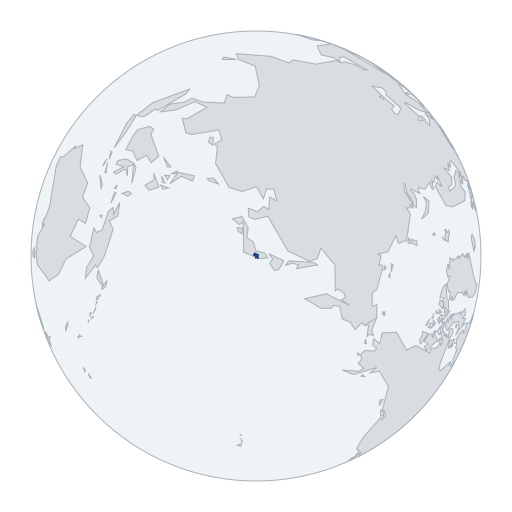 the Earth from above Miyagi, rotated 95°
{"feature_id": "JPN-1866", "entity_name": "Miyagi", "entity_type": "Prefecture", "adm_level": 1, "iso_a3": "JPN", "parent_name": "Japan", "parent_adm1": "", "projection": "orthographic", "projection_center": [141.11, 38.38], "detail": "fine", "context": "on_globe", "style": "filled", "palette": "blue", "viewbox_px": 512, "rotation_deg": 95, "n_neighbors": 0, "source": "natural_earth", "source_scale": "10m", "svg_char_len": 12598}
<svg xmlns="http://www.w3.org/2000/svg" viewBox="0 0 512 512"><g transform="rotate(95 256 256)"><circle cx="256" cy="256" r="225" fill="#eef3f6" stroke="#a8b0b8"/><path d="M391.9,409.5L391.9,410.4L391.6,410.7L391.9,409.5ZM446.9,136.4L441.7,134.0L451.3,143.6L452.0,145.6L449.6,144.2L447.4,140.3L441.0,136.1L439.5,139.1L427.3,133.4L405.8,117.5L408.4,116.2L403.0,113.0L399.3,114.8L398.2,116.8L374.5,112.7L360.1,123.0L362.5,132.2L356.5,126.0L365.6,148.2L362.2,160.1L361.8,143.1L358.5,138.8L354.1,144.8L349.8,141.8L345.2,143.2L340.4,139.2L340.6,130.2L337.5,127.7L334.5,132.2L327.9,131.5L332.7,125.2L321.6,123.5L319.8,109.4L336.4,97.9L331.3,88.9L337.4,74.6L332.7,73.5L332.0,68.2L326.4,65.1L329.1,63.9L322.2,62.6L320.8,64.4L317.2,64.6L313.8,63.2L316.7,61.1L318.8,61.5L317.9,60.2L320.8,59.9L317.4,59.2L321.3,57.3L312.3,57.1L311.2,53.9L315.2,53.2L321.4,55.9L346.1,63.0L352.1,64.1L354.3,62.4L344.4,53.0L348.3,53.5L348.6,52.2L343.5,50.4L341.4,50.8L331.9,47.6L330.4,49.1L326.3,48.3L322.2,49.3L315.7,46.4L311.7,43.3L314.8,42.5L313.1,41.3L304.3,40.2L304.6,37.6L295.1,34.4L295.9,34.4L308.0,36.8L322.6,40.9L337.7,46.1L352.4,52.4L366.6,59.8L380.3,68.1L393.3,77.4L405.7,87.6L417.3,98.7L428.0,110.6L437.9,123.2L446.9,136.4ZM336.6,45.6L320.9,40.3L321.4,40.4L336.6,45.6ZM446.2,258.4L444.3,254.3L447.0,254.6L446.2,258.4ZM442.2,253.4L443.0,254.5L442.1,253.9L442.2,253.4ZM440.8,254.0L441.8,253.6L440.8,254.6L440.8,254.0ZM439.1,255.5L440.0,254.5L439.9,254.8L439.1,255.5ZM436.0,256.2L435.1,256.2L435.7,254.9L436.0,256.2ZM398.5,118.4L399.7,115.2L404.6,115.0L404.1,117.9L398.5,118.4ZM388.5,119.7L387.9,117.0L394.0,119.9L392.5,120.5L388.5,119.7ZM365.1,139.8L366.9,136.5L366.6,140.9L365.1,139.8ZM345.4,144.1L346.3,146.1L343.5,146.1L345.4,144.1ZM326.0,50.9L324.2,50.1L325.9,50.3L326.0,50.9ZM326.0,52.2L329.3,53.0L329.8,53.8L327.7,53.2L326.0,52.2ZM333.7,140.1L329.0,139.6L333.8,138.5L333.7,140.1ZM321.7,51.1L330.2,55.1L331.0,56.5L323.7,55.8L321.7,51.1ZM326.3,138.3L314.9,137.8L315.8,142.0L306.8,130.3L319.4,134.3L325.2,132.1L323.8,135.5L326.3,138.3ZM321.8,65.7L323.2,63.7L325.3,66.8L321.8,65.7ZM324.0,67.7L335.4,77.9L331.6,80.5L328.6,76.3L326.3,81.2L318.8,77.3L318.4,73.8L322.3,72.8L316.5,72.2L324.0,67.7ZM303.6,124.1L300.9,122.8L303.8,122.5L303.6,124.1ZM316.0,64.9L318.6,66.6L315.6,68.9L309.7,66.0L312.6,66.2L316.0,64.9ZM329.3,84.5L326.0,85.9L319.1,83.1L316.8,83.4L318.3,77.5L329.3,84.5ZM311.5,64.9L306.8,64.5L305.1,62.2L313.2,63.5L311.5,64.9ZM317.2,70.8L315.5,71.8L314.5,70.3L317.2,70.8ZM296.4,54.4L299.6,56.0L298.3,57.3L296.4,54.4ZM305.2,64.6L305.8,65.4L305.6,66.2L302.3,65.5L305.2,64.6ZM313.3,76.1L311.1,74.8L312.4,78.3L307.2,76.7L309.2,73.1L306.2,74.0L304.6,73.5L307.9,71.2L313.3,76.1ZM298.4,67.3L299.1,62.7L293.4,59.3L294.4,58.0L303.4,63.8L298.4,67.3ZM303.7,69.7L300.6,67.9L303.5,67.0L307.3,67.8L303.7,69.7ZM303.0,76.9L310.4,80.3L309.8,81.0L303.0,76.9ZM296.2,66.4L296.1,67.5L295.4,66.2L296.2,66.4ZM300.3,73.8L303.0,74.8L302.2,75.6L300.3,73.8ZM293.6,69.1L293.8,67.6L296.4,67.9L293.6,69.1ZM296.2,71.4L294.4,72.2L297.2,69.0L297.5,71.7L296.2,71.4ZM299.1,74.3L299.4,75.1L298.0,73.8L299.1,74.3ZM283.5,68.8L286.4,64.8L292.2,65.5L288.6,69.3L283.5,68.8ZM91.3,102.3L91.4,102.2L77.0,120.0L71.6,129.4L81.4,121.6L90.2,105.9L98.3,98.2L96.5,106.4L89.7,121.5L92.6,119.1L102.4,106.0L106.5,106.6L106.4,101.5L102.3,105.7L102.2,102.9L105.9,99.0L107.2,99.1L110.8,94.3L103.8,95.6L98.8,100.0L104.9,91.0L97.2,97.7L96.8,97.3L109.7,85.8L112.7,83.8L132.0,69.5L129.4,70.6L111.0,84.5L114.3,81.5L110.6,84.1L115.9,79.9L136.7,65.3L145.7,59.6L158.8,52.8L160.3,52.1L172.2,47.1L165.9,49.9L168.5,49.0L162.7,52.0L162.7,54.0L158.0,57.3L165.9,56.3L164.6,58.1L160.3,58.0L154.8,60.1L144.2,69.9L144.5,71.3L150.4,70.1L146.7,73.3L153.9,70.9L151.6,76.9L160.4,68.0L167.6,67.2L170.6,70.3L174.5,68.7L169.7,63.9L166.4,63.5L161.0,65.6L153.4,64.4L155.3,61.6L169.3,57.5L173.6,53.3L182.6,52.7L190.0,64.7L189.1,71.3L171.0,83.5L166.6,82.1L171.0,76.8L159.7,82.5L164.1,81.6L161.0,84.6L167.2,85.3L165.3,87.5L174.4,84.8L172.8,87.6L167.1,89.2L174.8,93.6L173.6,99.9L176.3,99.9L179.4,98.1L175.8,107.8L177.9,107.4L179.9,104.0L185.5,101.2L193.8,100.3L192.1,103.6L188.8,104.4L179.4,111.5L171.1,113.6L171.2,115.0L178.1,114.0L189.5,105.2L195.0,103.8L190.2,108.1L192.4,106.4L194.6,106.8L195.1,110.4L200.7,105.9L227.3,107.3L231.0,115.2L223.7,118.5L240.4,125.0L243.4,134.6L245.2,131.3L254.5,132.9L253.7,129.9L255.3,128.5L278.7,132.8L282.8,136.9L295.0,136.1L296.0,134.6L293.6,131.5L306.8,130.3L315.8,142.0L313.2,144.8L320.6,150.8L313.6,156.5L311.2,164.5L299.1,168.2L298.3,174.6L301.4,176.3L302.5,186.8L294.3,203.5L287.5,182.4L297.2,158.5L292.1,167.3L289.3,163.2L285.0,165.3L281.7,172.0L283.8,174.0L258.2,176.5L242.4,192.1L253.2,194.6L256.6,202.0L248.2,224.8L215.3,247.6L219.6,260.0L217.6,266.5L209.1,267.9L211.7,258.4L206.0,252.6L208.7,247.3L195.9,247.4L199.3,239.9L187.6,244.1L188.4,251.4L198.5,253.7L186.9,261.3L193.0,275.6L190.0,288.7L167.5,304.3L150.1,304.0L148.3,307.4L143.3,300.1L133.7,303.9L140.6,330.7L139.4,336.6L125.2,341.5L125.5,337.0L112.2,317.7L107.5,330.4L117.5,348.5L120.8,363.9L112.2,355.0L109.1,341.0L104.4,333.8L107.3,322.3L106.4,300.9L97.9,299.0L100.0,291.8L97.6,271.1L86.1,267.5L66.9,273.3L61.7,290.4L56.2,293.2L55.8,258.6L60.8,239.5L57.4,236.4L59.7,213.4L54.3,193.1L56.4,187.1L54.8,185.1L56.8,174.3L61.2,165.2L61.1,161.1L50.2,185.6L50.7,190.3L55.1,189.0L51.6,196.2L50.0,208.5L41.4,213.4L38.1,199.3L42.7,185.3L65.4,137.9L67.4,135.5L67.7,135.1L68.3,134.3L65.4,137.4L70.9,129.2L53.5,157.9L48.5,168.4L38.0,199.6L37.8,200.1L35.9,208.4L35.7,219.2L34.6,223.2L31.7,234.8L33.9,218.5L37.2,202.4L41.7,186.6L47.3,171.2L54.0,156.2L61.8,141.8L70.7,127.9L80.5,114.7L91.3,102.3ZM77.6,144.6L76.8,154.7L85.7,143.8L86.2,146.9L89.1,142.3L86.4,143.0L94.7,131.3L97.5,133.9L102.0,130.4L102.5,126.9L96.1,124.3L84.1,140.5L80.6,141.0L77.6,144.6ZM301.8,35.4L296.8,34.5L299.7,35.0L301.8,35.4ZM314.2,38.4L318.8,39.7L317.9,39.4L314.1,38.3L314.2,38.4ZM189.1,42.8L184.4,44.3L182.7,44.2L188.7,41.5L191.2,41.4L189.1,42.8ZM178.2,46.6L190.5,44.1L187.3,46.2L187.0,45.4L183.6,47.0L182.3,46.1L167.3,51.1L164.8,51.5L177.2,45.3L174.5,46.9L179.2,45.1L178.2,46.6ZM227.4,39.0L232.6,39.3L218.9,43.2L215.5,42.6L221.2,39.4L228.5,38.3L227.4,39.0ZM307.2,49.7L310.1,50.5L309.3,50.9L306.2,50.6L307.2,49.7ZM298.0,55.1L293.7,47.1L296.8,47.4L290.5,43.0L296.3,42.4L300.1,45.2L299.9,41.7L305.7,44.0L304.6,41.7L312.6,47.9L317.7,50.3L309.8,47.8L304.3,48.2L303.6,49.1L305.2,53.6L313.7,59.3L309.7,61.1L304.6,60.9L301.9,59.8L305.4,58.9L299.3,58.0L302.3,55.9L298.0,55.1ZM247.2,64.0L252.3,62.2L240.7,62.5L243.6,59.4L242.1,59.7L241.6,57.0L238.3,54.4L240.6,53.3L238.3,52.8L238.0,51.3L235.6,50.3L238.9,48.1L236.3,46.9L239.3,46.6L234.0,45.1L239.4,45.3L239.5,43.6L234.2,44.3L257.5,37.3L263.1,35.1L264.8,33.4L273.9,34.6L278.1,37.2L278.7,40.9L272.0,43.2L277.4,43.6L275.7,44.9L272.2,44.0L276.7,46.3L274.4,47.2L275.0,52.1L282.8,55.3L283.2,57.4L279.0,56.6L282.4,59.3L274.7,59.4L274.8,61.1L267.4,63.1L259.2,61.1L260.0,63.1L254.3,65.0L247.2,64.0ZM281.3,69.2L270.8,67.0L267.3,64.3L281.7,62.0L282.7,60.6L291.8,59.6L296.7,63.5L293.7,63.4L291.8,64.2L291.0,62.6L290.3,64.6L286.1,64.5L284.4,66.1L281.4,64.9L281.3,69.2ZM117.1,78.6L115.0,80.3L112.1,82.8L109.7,84.7L112.3,82.5L117.1,78.6ZM130.9,68.7L131.5,68.3L129.9,69.4L127.0,71.3L130.9,68.7ZM133.0,67.5L130.1,69.2L133.2,67.2L133.0,67.5ZM159.2,59.2L158.0,60.6L156.3,61.2L155.1,60.9L159.2,59.2ZM213.4,66.2L216.9,65.1L217.5,65.8L225.3,65.9L223.8,68.5L218.5,69.5L213.4,66.2ZM80.6,120.7L79.7,120.0L81.6,117.5L81.5,118.2L80.6,120.7ZM93.6,100.6L88.7,106.4L93.0,101.1L93.6,100.6ZM213.0,69.1L216.4,68.7L213.5,70.3L213.0,69.1ZM223.1,70.5L220.4,72.3L224.5,68.9L223.1,70.5ZM172.3,413.1L178.9,415.7L178.7,416.4L172.3,413.1ZM165.3,408.3L172.6,410.9L164.2,409.6L165.3,408.3ZM175.5,411.9L183.1,412.7L186.3,412.4L185.9,413.8L175.5,411.9ZM160.4,406.7L135.0,396.3L125.3,389.8L127.3,388.0L142.9,395.8L160.4,406.7ZM126.5,387.6L112.2,372.1L95.2,336.2L101.2,340.7L119.6,367.0L118.3,368.9L127.0,379.8L126.5,387.6ZM162.4,387.8L161.2,394.9L146.8,388.8L140.5,384.9L136.1,373.1L138.5,369.1L143.6,371.4L165.1,361.6L172.2,368.5L165.2,373.8L171.2,382.8L162.4,387.8ZM61.9,292.8L63.2,306.7L60.5,305.6L61.9,292.8ZM175.1,351.7L165.6,356.8L174.7,348.7L175.1,351.7ZM181.3,342.9L181.2,347.3L178.2,342.0L181.3,342.9ZM146.8,313.3L141.4,311.9L141.9,308.7L149.2,308.8L146.8,313.3ZM187.6,299.7L185.2,308.8L183.3,311.5L182.0,305.1L187.6,299.7ZM204.8,94.2L195.6,90.8L188.0,90.9L182.1,94.5L186.4,88.3L198.2,88.2L204.8,94.2ZM224.7,105.2L229.8,102.5L230.2,105.0L229.1,106.0L224.7,105.2ZM225.8,102.6L227.1,97.0L231.7,96.5L229.8,101.0L225.8,102.6ZM219.6,81.9L217.0,80.6L219.4,79.3L219.6,81.9ZM343.6,462.3L347.9,461.0L342.0,463.9L333.2,467.5L323.3,470.8L343.6,462.3ZM270.1,478.7L266.8,477.0L277.3,476.5L275.5,478.1L270.1,478.7ZM349.9,459.1L355.0,455.8L354.2,453.8L356.9,454.9L364.3,451.9L350.4,459.9L349.9,459.1ZM223.4,465.8L183.7,462.8L174.1,459.2L174.5,457.1L161.8,444.9L164.7,446.1L160.3,438.3L182.6,439.0L197.9,430.1L212.7,434.0L222.4,425.7L238.3,428.7L234.7,436.2L252.6,442.9L261.4,426.1L275.6,445.1L290.8,450.8L298.9,459.7L283.6,473.1L271.9,475.4L268.2,474.6L263.7,475.6L254.5,475.0L246.6,471.0L242.3,471.8L245.1,469.2L239.5,471.3L233.4,468.2L223.4,465.8ZM338.4,437.7L341.5,437.5L347.5,439.0L342.4,439.6L338.4,437.7ZM384.1,416.0L386.1,416.5L382.6,418.2L384.1,416.0ZM391.6,410.7L387.4,412.9L391.9,409.5L391.6,410.7ZM351.3,425.2L353.2,425.9L352.0,426.5L351.3,425.2ZM350.0,425.1L351.4,423.0L351.6,424.7L350.0,425.1ZM333.8,417.8L335.4,416.5L336.3,417.2L333.8,417.8ZM188.8,418.6L197.7,415.4L202.9,416.2L188.8,418.6ZM331.0,416.0L326.6,416.3L326.9,415.2L331.0,416.0ZM330.9,413.5L330.3,412.0L333.5,415.2L330.9,413.5ZM322.3,411.0L327.8,413.2L321.7,411.4L322.3,411.0ZM319.2,411.6L315.3,410.7L315.6,410.2L319.2,411.6ZM278.8,414.9L292.9,424.0L282.3,423.8L270.2,417.8L261.9,422.6L242.4,419.9L246.5,417.1L243.6,411.6L224.2,406.8L220.3,402.6L227.0,401.4L214.6,396.4L228.1,397.2L233.9,405.3L241.6,400.8L255.6,403.7L269.6,407.2L281.5,412.9L278.8,414.9ZM228.7,412.9L231.1,413.3L229.1,415.1L228.7,412.9ZM308.0,407.3L313.6,410.4L313.0,411.3L310.4,410.9L308.0,407.3ZM284.1,411.8L296.7,406.0L299.7,406.1L291.5,412.7L284.1,411.8ZM293.3,402.2L299.4,403.0L302.8,406.2L301.6,407.2L293.3,402.2ZM201.2,401.1L200.7,403.0L197.3,400.6L201.2,401.1ZM205.5,400.9L215.9,405.2L204.6,402.4L205.5,400.9ZM175.5,385.9L178.3,391.6L187.3,391.1L180.5,393.6L186.8,403.0L184.9,405.4L178.5,395.3L176.8,403.3L172.9,401.9L170.5,393.8L174.2,385.9L178.1,383.2L194.4,386.1L175.5,385.9ZM205.3,395.0L202.6,388.7L204.7,385.4L207.6,389.1L205.3,395.0ZM195.3,372.8L188.9,364.1L182.5,365.0L195.9,358.8L199.8,368.2L195.3,372.8ZM190.7,356.0L184.7,356.8L191.3,352.8L190.7,356.0ZM183.5,354.0L183.4,348.8L187.8,350.9L183.5,354.0ZM193.7,357.1L195.8,349.0L197.6,354.6L193.7,357.1ZM183.0,337.1L191.6,348.2L179.5,340.9L181.6,324.3L186.9,325.6L183.0,337.1ZM229.3,277.1L229.4,271.8L235.0,271.9L233.3,275.5L229.3,277.1ZM253.2,268.7L236.5,270.2L223.1,271.8L226.1,275.1L221.1,282.8L217.8,273.5L228.9,266.3L238.6,266.7L242.3,259.9L250.8,256.6L252.3,247.4L256.8,244.2L258.4,252.8L253.2,268.7ZM252.6,243.4L258.4,227.9L267.8,232.2L268.7,236.5L262.1,241.7L257.5,239.1L252.6,243.4ZM262.5,225.5L258.1,223.0L257.3,198.0L259.5,193.9L265.1,214.4L261.3,213.2L259.8,218.9L262.5,225.5ZM300.5,124.8L300.8,123.0L302.4,124.9L300.5,124.8ZM254.6,126.8L257.0,125.2L258.8,127.3L254.6,126.8ZM264.8,122.2L261.0,120.9L265.7,120.8L264.8,122.2ZM252.6,118.6L259.9,119.8L251.9,120.7L252.6,118.6Z" fill="#d9dde1" stroke="#a8b0b8" stroke-width="1"/><path d="M257.6,253.7L257.6,253.9L257.7,254.1L257.5,254.3L257.4,254.3L257.3,254.5L257.3,254.8L257.2,254.8L257.1,255.0L257.3,255.0L257.2,255.1L257.1,255.3L257.3,255.3L257.3,255.5L257.2,255.5L257.1,255.8L257.2,256.0L257.2,255.9L257.3,255.9L257.4,256.0L257.2,256.0L257.3,256.1L257.3,256.3L257.2,256.3L257.1,256.2L256.9,256.0L256.8,255.9L256.7,255.9L256.4,255.9L256.3,256.0L256.2,256.0L255.9,256.1L255.8,256.3L255.7,256.5L255.6,256.8L255.4,257.3L255.4,257.5L255.5,257.9L255.4,257.9L255.2,258.0L255.2,258.3L254.9,258.4L254.7,258.3L254.7,258.2L254.5,257.9L254.3,257.9L254.2,257.9L254.0,257.7L253.9,257.7L253.7,257.7L253.4,257.6L253.4,257.4L253.5,257.3L253.5,257.2L253.8,257.1L253.9,256.9L254.0,256.9L254.0,256.7L254.0,256.4L254.1,256.2L254.3,256.0L254.3,255.9L254.4,255.7L254.3,255.4L254.3,255.2L254.2,255.1L254.3,255.0L254.4,254.9L254.5,254.8L254.5,254.7L254.4,254.4L254.3,254.1L254.2,254.0L254.3,254.1L254.6,254.0L254.7,253.9L254.8,253.8L255.1,253.8L255.4,253.9L255.6,254.0L255.9,254.1L256.0,254.1L256.0,254.3L256.2,254.5L256.3,254.5L256.5,254.4L256.8,254.3L257.0,254.3L257.0,254.2L257.1,253.9L257.1,253.7L257.3,253.6L257.5,253.7L257.6,253.7Z" fill="#3b82f6" stroke="#1e3a8a" stroke-width="1.5"/></g></svg>